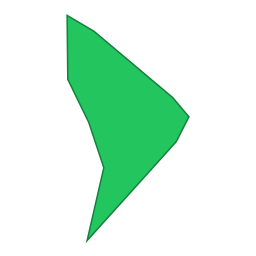 map outline of Moore's Island (Albers equal-area conic projection)
{"feature_id": "BHS-5017", "entity_name": "Moore's Island", "entity_type": "District", "adm_level": 1, "iso_a3": "BHS", "parent_name": "The Bahamas", "parent_adm1": "", "projection": "albers", "projection_center": [-77.56, 26.303], "detail": "fine", "context": "isolated", "style": "filled", "palette": "green", "viewbox_px": 256, "rotation_deg": 0, "n_neighbors": 0, "source": "natural_earth", "source_scale": "10m", "svg_char_len": 243}
<svg xmlns="http://www.w3.org/2000/svg" viewBox="0 0 256 256"><path d="M188.9,116.8L176.3,141.6L87.1,240.6L103.8,167.7L88.7,122.3L67.8,79.4L67.1,15.4L94.0,31.3L172.6,97.5L188.9,116.8Z" fill="#22c55e" stroke="#15803d" stroke-width="1.5"/></svg>